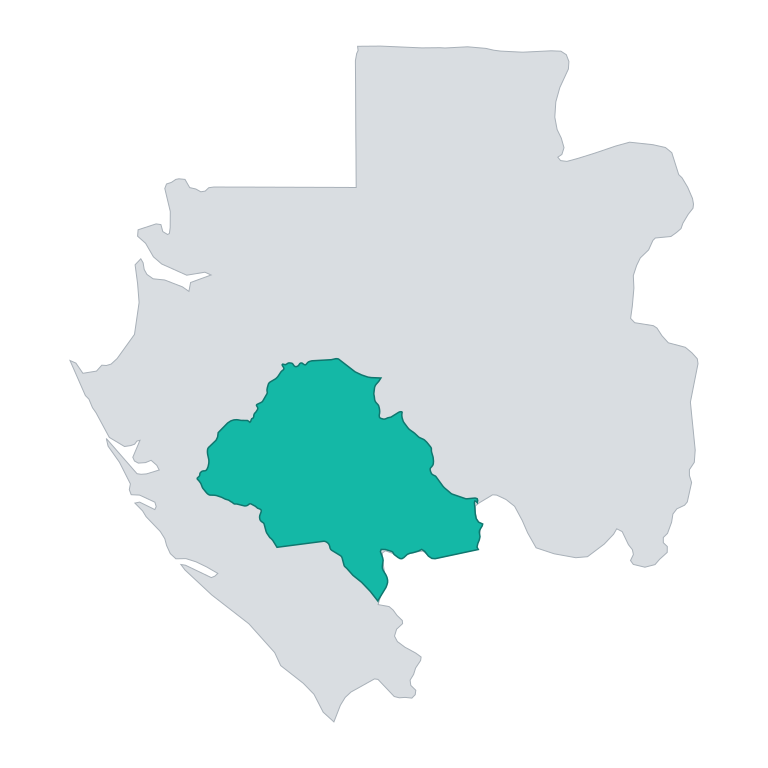 Ngounié on a map of Gabon (orthographic projection)
{"feature_id": "GAB-2622", "entity_name": "Ngounié", "entity_type": "Province", "adm_level": 1, "iso_a3": "GAB", "parent_name": "Gabon", "parent_adm1": "", "projection": "orthographic", "projection_center": [11.097, -1.69], "detail": "fine", "context": "in_parent", "style": "filled", "palette": "teal", "viewbox_px": 768, "rotation_deg": 0, "n_neighbors": 0, "source": "natural_earth", "source_scale": "10m", "svg_char_len": 7197}
<svg xmlns="http://www.w3.org/2000/svg" viewBox="0 0 768 768"><path d="M568.9,61.5L568.4,69.0L559.8,87.6L555.8,101.9L554.8,117.2L557.1,129.5L561.3,138.2L564.0,147.7L561.9,154.4L557.8,157.2L560.6,160.6L566.9,161.4L577.6,158.5L594.0,153.4L615.5,146.1L629.6,142.2L652.9,144.7L665.4,147.5L671.8,152.7L678.7,174.6L682.1,177.9L687.7,187.3L692.5,198.5L693.5,204.1L693.0,208.2L688.2,214.3L682.9,223.2L681.0,228.6L676.5,232.5L670.9,236.5L655.3,238.0L652.9,240.4L648.6,249.9L640.3,257.9L636.6,265.5L633.3,275.6L633.9,288.1L632.3,306.2L630.6,318.4L634.7,322.7L653.4,325.7L657.0,328.1L661.9,335.7L668.3,342.8L685.3,347.3L691.9,352.8L697.3,358.8L698.0,363.7L694.1,383.3L690.4,402.1L691.8,416.4L693.2,430.1L695.2,450.1L694.3,462.3L689.4,469.7L689.4,475.5L691.6,482.5L687.3,501.9L684.6,505.2L676.9,508.8L672.9,514.0L671.6,522.2L667.5,533.4L663.3,537.5L663.3,542.7L667.3,546.5L667.2,552.4L659.6,559.3L655.0,564.6L644.9,567.2L633.3,564.4L630.5,560.5L633.4,554.5L632.4,549.7L628.4,544.6L622.2,531.6L616.7,528.8L613.6,534.2L604.2,544.1L587.5,556.7L575.8,557.7L554.2,553.8L536.1,547.8L527.6,532.8L522.3,520.6L514.6,506.3L506.0,499.5L496.7,495.1L492.6,494.8L479.3,502.8L475.4,505.9L475.4,512.6L476.6,518.8L478.7,521.8L480.4,525.8L480.1,532.0L477.7,540.3L476.9,549.5L435.4,558.5L428.2,555.2L423.0,551.1L416.7,551.8L398.7,556.5L392.1,553.2L385.5,550.8L382.5,552.8L382.2,556.8L385.3,578.3L384.3,586.6L380.2,597.3L378.1,604.6L389.1,606.6L393.1,610.0L397.0,615.4L402.3,620.5L402.6,623.6L396.6,629.2L394.5,636.1L397.4,641.6L404.9,647.2L415.8,653.1L421.1,657.0L420.6,660.5L415.6,668.0L413.6,674.4L410.1,680.1L410.8,685.4L415.8,690.3L415.2,694.7L411.9,698.1L405.1,697.4L399.3,697.8L394.2,696.5L378.0,679.4L374.5,678.9L351.0,692.0L345.2,697.4L340.4,705.2L333.9,721.9L323.2,712.2L314.0,694.3L303.3,683.3L280.7,665.6L274.7,652.6L248.9,623.8L211.8,595.0L185.0,570.0L180.9,564.5L185.4,565.2L211.3,577.6L214.8,576.2L217.8,573.4L206.6,566.9L196.0,561.8L185.9,558.6L175.9,558.8L170.3,553.6L166.6,545.5L164.8,538.7L160.3,531.5L146.1,516.7L142.6,510.9L134.9,503.1L139.6,502.1L154.8,509.6L156.2,506.6L154.9,502.2L139.6,495.1L131.2,494.7L129.3,489.7L130.4,483.9L119.5,462.3L108.1,446.2L106.3,438.5L137.0,473.7L141.1,474.3L146.5,473.9L159.2,470.0L156.8,465.3L151.1,460.3L145.5,462.6L138.3,463.1L134.5,461.0L132.8,457.3L140.0,440.3L136.9,441.1L134.6,444.2L130.6,445.6L124.5,446.5L109.3,437.4L96.0,412.7L92.5,407.7L88.9,399.1L85.4,395.6L70.0,360.5L75.9,363.1L82.9,373.3L96.5,371.1L101.8,365.2L106.4,365.5L111.1,364.1L117.1,358.6L134.5,334.4L139.1,302.5L137.6,283.6L135.1,264.8L140.8,258.8L143.1,262.8L144.2,269.5L146.9,274.4L153.1,278.8L164.7,280.0L182.5,286.9L188.9,291.4L190.6,282.5L211.1,275.0L204.9,272.2L186.7,275.2L161.7,264.0L153.4,256.8L145.6,243.3L137.6,236.2L138.1,229.8L156.1,223.9L160.9,224.6L162.8,231.6L167.6,234.5L169.4,233.5L170.2,227.5L170.3,211.5L164.8,188.5L166.5,184.0L171.4,182.4L175.8,179.4L178.9,178.8L185.0,179.4L188.0,184.7L189.7,187.6L195.8,189.0L200.8,191.8L205.2,191.1L208.8,187.7L214.1,187.0L230.4,187.1L245.3,187.1L274.8,187.2L304.4,187.3L333.9,187.4L356.2,187.5L356.1,174.3L356.0,154.0L355.8,130.1L355.7,107.1L355.6,85.8L355.4,60.7L356.7,53.5L358.1,50.5L357.6,46.3L380.5,46.1L421.8,47.9L439.9,47.7L445.0,48.0L467.6,46.8L485.9,48.4L493.7,50.2L500.7,51.1L522.6,52.2L551.2,50.8L560.9,51.2L566.3,54.7L568.9,61.5Z" fill="#d9dde1" stroke="#a8b0b8" stroke-width="1"/><path d="M477.3,502.7L476.0,501.3L474.8,501.0L474.4,502.5L475.3,514.2L476.2,518.6L478.5,522.1L482.7,524.0L482.2,525.9L480.3,529.0L479.5,530.6L479.3,532.2L480.0,536.7L479.3,539.9L477.8,543.6L477.0,547.1L478.3,549.5L435.1,558.7L431.8,558.4L428.4,556.1L424.8,551.5L422.8,550.1L421.7,549.4L418.3,551.1L413.7,552.5L409.8,553.3L407.4,554.3L403.7,557.7L401.9,558.7L400.1,558.6L398.1,557.5L394.4,554.7L393.6,553.7L393.2,552.8L392.5,551.9L391.0,551.2L385.5,549.5L381.5,549.4L381.2,549.4L380.4,551.6L382.7,557.9L383.1,560.3L382.3,566.3L382.4,568.2L383.2,570.5L385.9,574.9L387.0,577.4L387.6,580.1L387.6,582.4L387.0,584.7L386.0,587.4L378.1,600.3L377.9,601.1L370.2,591.3L361.6,582.3L353.0,575.4L346.7,568.3L344.6,566.4L344.1,565.5L342.1,557.9L341.6,556.8L340.7,555.8L331.7,550.3L330.8,549.5L330.2,548.4L329.9,547.4L329.7,546.3L329.3,545.2L328.8,544.1L327.9,543.1L326.9,542.3L325.6,541.6L324.1,541.2L277.0,547.3L272.7,540.3L271.0,538.5L270.6,538.2L270.1,537.8L269.7,537.4L266.8,533.1L266.1,531.5L264.1,524.0L263.9,523.5L263.5,523.0L261.5,521.6L260.5,520.6L259.9,519.4L259.6,517.8L259.6,516.6L259.8,515.4L261.1,511.9L261.3,510.8L260.9,509.7L259.8,509.0L257.6,508.2L255.4,506.3L250.8,503.8L249.8,503.8L248.7,504.4L247.8,505.2L246.7,505.7L245.6,505.9L244.4,505.9L236.8,504.0L234.6,504.0L233.5,503.5L232.3,502.4L231.1,501.8L228.6,500.1L225.2,499.1L221.7,497.3L216.3,495.5L214.1,495.2L210.5,495.1L209.5,495.0L208.5,494.5L207.5,493.8L206.5,492.8L202.9,488.4L202.3,487.3L201.0,483.9L200.4,482.8L198.9,480.8L197.3,479.1L197.2,478.2L198.2,477.2L199.1,476.4L199.7,475.4L199.8,474.4L200.0,473.2L201.1,471.9L202.1,471.2L203.3,470.9L204.3,470.9L205.3,470.7L206.3,470.2L207.2,468.8L208.1,466.6L208.8,463.2L208.9,461.3L208.8,459.7L207.6,454.1L207.4,452.0L207.5,449.9L207.8,448.7L208.5,447.5L216.1,440.2L217.6,437.0L218.2,432.6L227.6,423.0L230.8,420.9L232.3,420.4L233.9,419.9L236.6,419.7L238.4,419.9L241.0,420.4L247.4,420.5L248.6,421.2L249.8,422.3L250.6,421.5L251.0,420.5L251.3,419.5L251.8,418.7L252.9,418.2L253.5,417.3L253.8,416.4L253.8,415.3L254.1,414.3L254.6,413.3L255.6,412.4L257.0,410.3L257.6,409.3L257.8,408.2L257.5,407.2L257.0,406.4L256.5,405.6L256.5,405.0L256.7,404.7L257.2,404.3L261.2,402.4L262.1,401.8L262.6,401.3L267.0,393.7L267.3,392.7L267.0,390.6L267.0,389.5L267.4,387.4L268.4,384.0L269.0,383.0L270.1,382.0L275.6,378.8L276.9,377.6L277.9,376.5L281.0,371.8L281.9,370.9L282.8,370.2L283.6,369.5L283.9,368.6L283.6,367.5L282.3,365.5L282.2,364.6L282.8,364.1L285.3,364.7L286.5,364.2L287.4,363.5L288.4,363.0L289.6,362.9L291.2,363.1L292.4,363.5L293.3,364.6L293.9,365.6L294.8,366.4L296.0,366.7L297.4,366.3L298.5,365.5L299.8,363.6L300.8,363.0L301.9,363.0L304.2,364.6L305.2,364.9L306.1,364.4L307.6,362.6L308.5,361.9L309.7,361.4L311.9,360.8L331.3,359.7L335.7,358.7L337.0,358.7L338.5,359.0L355.2,371.9L361.5,374.9L367.9,377.1L371.4,377.6L380.9,378.0L378.8,381.3L375.9,384.6L375.1,386.0L374.6,387.3L373.8,393.6L373.9,394.6L374.3,396.5L374.6,399.2L374.8,400.3L375.3,401.4L375.9,402.4L378.0,404.7L378.2,405.0L378.6,405.6L379.2,407.7L379.5,409.2L379.7,411.3L379.6,413.2L379.2,415.2L379.4,417.1L380.2,418.1L381.3,418.5L383.4,419.1L384.5,419.1L385.6,418.8L387.8,417.8L391.0,417.1L398.5,412.4L399.6,411.9L400.7,411.7L401.7,411.8L402.1,412.2L402.1,412.7L401.9,413.6L401.8,415.4L402.1,417.7L403.1,421.0L403.7,422.2L407.6,427.5L409.3,429.4L414.6,433.2L418.5,436.9L419.4,437.5L423.6,439.4L424.5,440.0L426.8,442.2L430.6,446.9L431.3,448.1L431.4,448.7L431.4,450.8L431.6,452.1L433.1,457.2L433.5,461.2L433.3,463.8L433.0,464.8L432.9,465.0L432.3,465.9L431.7,466.7L430.9,467.5L430.6,467.9L430.3,468.4L430.1,469.0L430.2,470.0L430.5,471.3L431.5,473.7L432.6,474.6L433.7,475.3L434.8,475.7L435.8,476.4L443.0,486.3L444.4,487.8L451.1,493.5L452.2,494.1L465.6,498.7L466.7,498.8L474.3,498.1L475.4,498.1L476.4,498.4L477.2,498.7L477.7,500.4L477.3,502.7Z" fill="#14b8a6" stroke="#0f766e" stroke-width="1.5"/></svg>